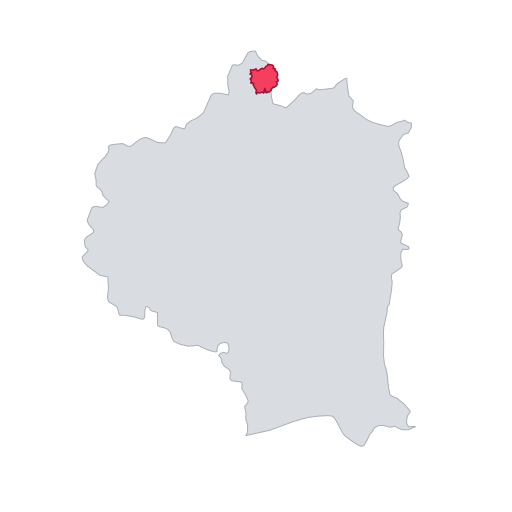 location of Kastsyukovichy, Mogilev, Belarus, rotated 262°
{"feature_id": "67162791B14569635979911", "entity_name": "Kastsyukovichy", "entity_type": "district", "adm_level": 2, "iso_a3": "BLR", "parent_name": "Belarus", "parent_adm1": "Mogilev", "projection": "albers", "projection_center": [31.992, 53.27], "detail": "fine", "context": "in_parent", "style": "filled", "palette": "rose", "viewbox_px": 512, "rotation_deg": 262, "n_neighbors": 0, "source": "geoboundaries", "source_scale": "gbopen_adm2", "svg_char_len": 6978}
<svg xmlns="http://www.w3.org/2000/svg" viewBox="0 0 512 512"><g transform="rotate(262 256 256)"><path d="M419.4,370.6L411.3,370.1L401.5,370.2L396.0,374.0L390.0,372.0L385.7,374.1L375.8,384.5L371.9,390.2L368.2,398.8L365.8,405.3L366.9,409.8L368.7,414.1L369.0,418.6L369.8,422.2L367.3,424.7L365.9,428.4L361.7,427.7L356.7,424.0L355.8,418.8L351.9,415.1L349.4,413.2L345.2,412.8L338.4,414.3L329.5,415.3L322.8,415.4L319.1,417.1L313.7,418.7L311.7,416.5L308.9,410.5L306.7,404.6L305.1,402.0L303.7,401.2L301.9,401.3L299.8,403.0L298.1,404.9L292.5,406.8L289.9,408.8L287.0,414.1L285.2,413.6L283.4,412.3L281.6,406.2L278.7,404.6L274.1,404.3L268.4,402.8L263.8,400.7L262.0,401.0L259.1,403.4L256.1,403.7L249.6,401.0L248.2,402.0L244.0,408.4L242.2,408.6L241.3,407.7L242.2,402.0L238.5,399.7L232.0,399.0L227.4,399.5L225.2,399.1L224.1,397.9L219.2,387.9L216.4,387.1L211.1,387.2L203.4,385.5L194.7,382.6L189.8,381.4L187.4,379.1L182.0,377.9L167.6,372.6L161.7,371.4L152.9,370.5L139.5,368.4L130.8,368.1L126.7,369.0L122.0,369.4L105.9,368.9L100.1,369.4L98.2,371.2L95.9,375.4L88.4,382.4L81.5,386.8L80.2,387.1L76.8,383.9L73.8,382.7L70.1,381.9L67.4,382.5L65.6,383.6L65.2,389.5L64.7,390.0L62.7,382.6L63.7,376.3L65.7,372.9L68.0,369.9L67.8,364.9L70.4,358.6L71.0,353.9L70.4,351.8L69.2,349.3L65.4,346.2L63.8,344.0L58.5,340.6L53.4,336.6L52.7,334.4L53.2,333.0L54.4,331.0L59.4,325.2L64.7,319.7L67.9,317.5L84.2,311.5L86.9,309.1L88.0,304.5L88.8,295.1L88.9,286.5L88.4,280.4L86.7,269.1L81.5,245.3L79.6,221.1L82.5,222.9L89.6,224.2L95.5,223.2L98.4,223.4L101.0,224.2L108.6,223.7L110.3,226.0L113.4,228.2L120.3,226.2L126.4,223.5L132.4,224.5L133.5,222.9L135.8,214.7L137.8,213.0L144.9,214.6L147.7,213.3L150.9,209.5L155.4,207.3L158.9,207.6L162.9,205.1L164.5,207.2L165.1,210.7L163.6,213.4L164.0,214.5L166.4,216.1L170.8,216.5L173.7,215.6L174.5,214.0L174.8,211.2L174.3,208.4L172.7,205.9L169.3,204.4L166.9,204.2L166.6,202.7L167.7,199.6L170.4,194.0L173.5,188.9L175.2,187.1L175.7,185.3L175.7,182.1L176.1,176.4L179.1,168.6L182.8,162.8L187.2,161.2L192.4,160.6L196.0,158.0L197.8,154.9L199.7,149.8L201.4,148.9L213.7,150.5L216.0,145.5L217.1,144.1L219.6,142.8L221.4,141.1L220.9,139.6L217.8,138.5L210.5,137.1L209.1,135.3L209.7,133.3L212.1,128.1L214.5,121.4L215.9,116.2L216.2,113.0L217.3,112.3L223.4,111.7L225.4,110.8L231.1,103.9L235.1,103.0L245.0,105.5L249.7,105.7L255.5,106.5L256.1,105.8L258.6,98.8L269.2,87.9L274.7,84.2L278.1,83.6L279.3,83.8L284.3,90.2L285.5,90.5L289.2,88.1L295.3,88.2L298.1,90.4L301.8,98.1L303.9,99.0L310.0,95.2L313.4,93.9L315.6,94.1L326.6,100.2L327.4,102.1L327.4,104.3L325.4,111.0L327.6,115.2L330.2,118.2L336.2,113.7L338.4,112.5L340.7,112.5L343.9,110.9L346.3,108.3L348.5,107.5L352.6,108.2L360.1,107.8L368.8,112.1L369.5,113.4L373.8,118.2L375.3,120.7L376.7,121.4L379.0,123.8L382.1,125.3L384.3,124.9L385.4,125.7L386.3,127.6L386.3,130.7L385.9,139.6L382.6,144.3L382.2,145.9L382.3,147.9L384.8,151.8L387.9,157.8L388.6,161.3L388.6,163.9L384.0,171.6L382.5,173.3L381.4,177.1L380.8,180.9L381.1,182.5L388.5,188.7L394.0,192.1L395.2,193.8L395.3,194.8L392.3,201.3L392.0,203.1L396.4,205.8L398.8,210.2L401.0,217.2L405.2,223.9L421.1,233.8L422.4,235.6L422.9,237.7L422.4,242.3L419.4,251.0L422.2,252.3L429.3,251.9L437.9,253.0L448.3,259.2L448.3,261.9L447.3,264.5L448.0,267.1L449.1,269.4L458.2,276.2L459.1,278.2L459.3,281.6L459.0,284.0L456.5,284.6L453.8,285.7L449.2,288.7L447.5,292.9L440.1,298.7L435.6,301.3L431.9,301.4L423.3,300.3L420.3,297.4L419.0,294.8L415.7,293.6L411.3,293.5L405.2,293.9L404.0,294.7L402.9,297.9L400.3,303.3L398.4,306.4L406.1,317.3L409.9,321.8L411.2,324.5L411.1,326.4L409.2,328.7L409.5,333.3L413.3,339.4L412.0,340.4L411.5,347.8L411.5,355.8L412.6,357.7L414.6,359.3L416.3,362.2L419.2,368.9L419.4,370.6Z" fill="#d9dde1" stroke="#a8b0b8" stroke-width="1"/><path d="M441.1,276.5L440.6,276.4L440.2,276.4L439.7,276.4L439.3,276.4L439.0,276.4L438.8,276.7L438.6,276.9L438.3,277.1L438.1,277.2L437.9,277.2L437.7,276.7L437.7,276.4L437.6,276.2L437.6,275.8L437.5,275.6L437.1,275.5L436.7,275.6L436.6,275.8L436.5,276.1L436.5,276.5L436.3,276.8L436.0,276.9L435.7,276.9L435.4,276.9L435.1,277.0L434.8,277.1L434.3,277.0L434.1,276.9L433.8,276.7L433.7,276.5L433.5,276.3L433.2,276.0L432.9,276.1L432.7,276.3L432.4,276.2L432.3,275.9L432.3,275.7L432.4,275.4L432.4,275.2L432.2,274.9L432.0,275.0L431.7,275.0L431.4,275.3L431.1,275.4L430.9,275.4L430.6,275.6L430.2,275.6L429.8,275.7L429.4,275.7L429.0,275.5L428.8,275.4L428.6,275.1L428.4,274.9L428.2,274.9L428.0,275.1L427.8,275.3L427.7,275.5L427.8,276.0L428.0,276.2L428.0,276.5L427.9,276.8L427.7,277.1L427.5,277.4L427.4,277.6L427.2,277.8L426.8,277.7L426.7,277.5L426.7,277.3L426.5,277.1L426.1,277.1L425.8,277.1L425.3,277.2L424.9,277.4L424.5,277.6L424.2,277.7L423.8,277.8L423.5,277.9L423.2,278.0L422.6,278.2L422.2,278.5L421.7,278.7L421.1,279.0L420.8,279.2L420.4,279.4L420.1,279.4L419.6,279.3L419.3,279.2L419.0,279.1L418.7,278.9L418.4,278.8L418.1,278.7L417.8,278.7L417.5,278.7L417.2,278.8L416.6,279.0L416.4,279.1L416.4,279.3L416.6,279.4L416.9,279.6L417.1,279.7L417.4,279.8L417.5,279.9L417.7,280.1L417.8,280.2L417.9,280.4L417.8,280.6L417.6,280.8L417.4,281.0L417.2,281.3L417.2,281.7L417.0,282.1L417.0,282.4L416.9,282.8L417.0,283.1L417.1,283.4L417.2,283.7L417.2,284.0L417.3,284.3L417.3,284.6L417.4,284.9L417.4,285.3L417.3,285.5L417.0,285.6L416.6,285.8L416.3,286.2L416.4,286.4L416.6,286.7L417.0,286.8L417.5,286.9L417.9,286.9L418.2,287.1L418.6,287.2L418.9,287.4L419.6,287.6L419.9,287.7L420.2,287.9L420.3,288.0L420.5,288.1L420.4,288.2L420.2,288.3L419.9,288.3L419.6,288.3L419.1,288.3L418.6,288.4L418.1,288.4L417.7,288.5L417.2,288.5L416.9,288.5L416.5,288.6L416.3,288.7L416.1,289.0L416.1,289.3L416.3,289.5L416.6,289.6L416.9,289.8L416.9,290.0L416.7,290.3L416.5,290.7L416.6,291.2L416.6,291.8L416.7,292.2L417.2,292.7L417.5,293.1L417.8,293.6L418.1,294.2L419.0,294.2L419.7,295.0L420.4,295.6L420.7,296.4L420.6,297.4L421.0,298.3L421.2,299.1L421.5,299.5L422.3,300.3L422.8,300.8L423.8,300.9L424.6,300.7L425.0,300.4L425.4,300.3L425.7,300.8L425.8,301.3L425.8,301.8L426.3,302.3L427.6,302.3L428.6,302.1L429.1,301.8L429.9,301.3L430.7,301.7L431.2,302.3L431.9,302.6L433.6,302.7L434.6,302.5L435.6,302.3L436.1,301.8L436.5,301.4L436.8,300.8L437.2,300.5L437.6,300.7L438.5,301.2L439.1,300.3L439.2,299.4L439.3,299.1L439.7,299.2L440.8,299.8L441.9,299.5L442.6,299.0L443.0,297.9L443.5,296.9L443.5,296.0L444.0,295.4L444.0,294.9L443.8,294.5L443.7,294.2L443.2,294.1L442.8,293.6L442.7,293.3L442.6,292.8L442.4,292.4L442.0,291.9L441.6,291.5L441.1,291.0L440.6,290.5L440.4,290.1L440.3,289.7L440.2,289.4L440.3,289.2L440.6,288.9L440.8,288.7L441.0,288.5L441.0,288.1L440.7,287.7L440.7,287.4L440.7,287.0L440.5,286.5L440.2,286.1L439.9,285.6L439.8,285.4L439.6,284.9L439.3,284.4L439.1,284.0L439.0,283.6L439.1,283.3L439.3,283.1L439.6,283.0L439.8,282.7L440.0,282.5L440.4,282.3L440.7,282.3L441.0,282.1L441.3,282.0L441.2,281.8L441.1,281.7L440.9,281.2L440.9,280.5L441.0,280.2L440.8,280.0L440.6,279.9L440.4,279.9L440.3,279.7L440.5,279.2L440.6,278.9L440.7,278.5L440.8,278.0L440.9,277.6L441.0,277.2L441.1,276.5Z" fill="#f43f5e" stroke="#9f1239" stroke-width="1.5"/></g></svg>